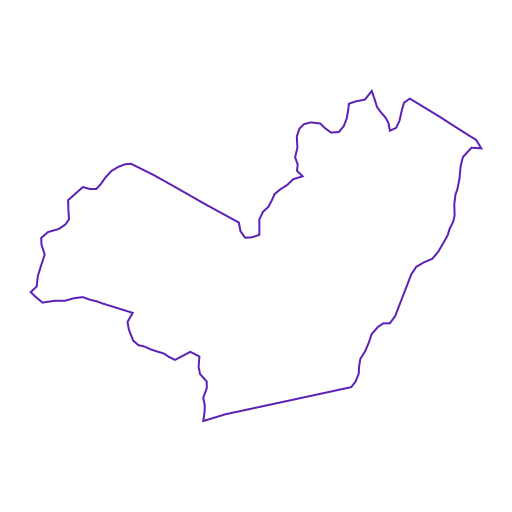 outline of Barro Preto, Bahia, Brazil
{"feature_id": "56859067B30588354925121", "entity_name": "Barro Preto", "entity_type": "district", "adm_level": 2, "iso_a3": "BRA", "parent_name": "Brazil", "parent_adm1": "Bahia", "projection": "orthographic", "projection_center": [-39.447, -14.775], "detail": "fine", "context": "isolated", "style": "outline", "palette": "violet", "viewbox_px": 512, "rotation_deg": 0, "n_neighbors": 0, "source": "geoboundaries", "source_scale": "gbopen_adm2", "svg_char_len": 1767}
<svg xmlns="http://www.w3.org/2000/svg" viewBox="0 0 512 512"><path d="M481.3,148.4L476.0,139.7L469.9,136.1L461.4,130.7L449.0,122.8L440.9,117.5L409.8,98.6L404.0,102.7L401.6,111.2L399.4,121.1L396.1,127.9L389.9,130.7L388.4,122.8L385.4,117.4L381.2,112.7L377.0,107.0L375.0,100.4L371.8,91.0L364.9,99.6L356.1,101.3L349.0,103.7L348.0,111.0L346.8,118.1L343.9,125.9L338.9,132.0L331.1,132.6L325.0,128.2L320.2,123.5L310.7,122.4L303.9,124.2L299.3,128.8L296.8,136.5L297.4,147.7L295.1,157.3L297.7,164.5L297.0,170.8L302.6,176.3L293.2,179.2L287.3,184.9L280.2,189.4L274.6,194.1L271.5,201.0L268.4,206.8L263.0,211.8L259.3,219.5L259.4,228.3L259.3,234.9L251.6,237.4L245.1,237.7L240.5,231.3L238.9,222.6L205.2,204.2L179.1,189.3L154.2,175.3L131.1,163.8L125.2,164.2L118.4,166.8L111.6,170.8L105.4,177.5L100.6,184.3L96.3,189.0L90.1,189.0L82.8,187.1L74.6,194.4L68.1,200.2L68.4,209.6L69.0,219.3L65.5,224.4L58.7,229.0L47.9,232.1L41.2,238.0L41.5,244.8L44.7,254.5L40.8,266.5L37.9,275.9L36.7,286.4L30.7,292.2L35.4,296.7L42.5,302.6L54.3,300.8L64.6,300.8L74.2,298.2L82.7,297.1L90.6,299.9L96.4,301.2L102.6,303.5L132.7,312.9L127.5,322.0L128.9,329.7L133.1,340.5L138.3,345.1L144.7,346.6L150.7,349.4L158.1,351.8L163.9,353.5L168.9,356.9L175.0,359.9L182.8,355.8L190.3,351.8L199.4,356.5L198.6,366.7L200.0,374.0L206.7,381.5L206.8,388.1L203.2,397.8L204.8,405.2L204.6,411.7L203.3,421.0L225.3,414.3L351.3,387.1L355.7,381.3L358.7,373.8L359.1,366.3L360.3,359.0L365.2,351.1L368.9,342.4L371.6,334.1L378.2,326.7L383.4,323.3L389.9,323.3L395.1,316.2L411.3,274.3L416.2,266.9L424.0,262.3L432.1,258.9L438.2,251.8L442.9,243.7L447.5,235.7L449.6,228.9L453.2,221.6L454.6,215.6L454.3,204.2L455.4,194.8L457.5,188.6L459.5,178.6L460.6,166.3L462.9,157.1L471.5,147.7L481.3,148.4Z" fill="none" stroke="#5b21b6" stroke-width="2"/></svg>